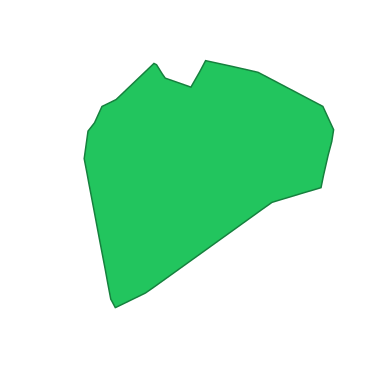 Santa María Nativitas, Oaxaca, Mexico, rotated 291°
{"feature_id": "50627088B15578912819987", "entity_name": "Santa María Nativitas", "entity_type": "district", "adm_level": 2, "iso_a3": "MEX", "parent_name": "Mexico", "parent_adm1": "Oaxaca", "projection": "albers", "projection_center": [-97.338, 17.644], "detail": "fine", "context": "isolated", "style": "filled", "palette": "green", "viewbox_px": 384, "rotation_deg": 291, "n_neighbors": 0, "source": "geoboundaries", "source_scale": "gbopen_adm2", "svg_char_len": 646}
<svg xmlns="http://www.w3.org/2000/svg" viewBox="0 0 384 384"><g transform="rotate(291 192 192)"><path d="M56.6,161.8L56.8,162.1L62.0,167.0L81.1,184.8L90.1,190.9L157.2,235.0L186.3,254.1L200.2,263.2L211.0,270.4L215.7,276.4L229.4,294.1L242.3,310.9L254.8,308.8L275.2,305.9L289.2,304.4L300.9,301.9L318.8,283.5L327.4,210.8L323.7,184.8L319.5,157.6L306.8,156.1L289.5,153.4L288.7,126.2L291.6,121.9L298.1,113.3L298.4,110.4L251.1,88.0L239.6,77.3L221.7,76.2L211.6,73.1L184.5,79.4L171.8,87.3L164.1,92.0L140.4,106.7L127.1,114.9L113.0,123.6L88.7,138.7L76.7,146.0L62.8,154.6L61.5,156.2L56.6,161.8Z" fill="#22c55e" stroke="#15803d" stroke-width="1.5"/></g></svg>